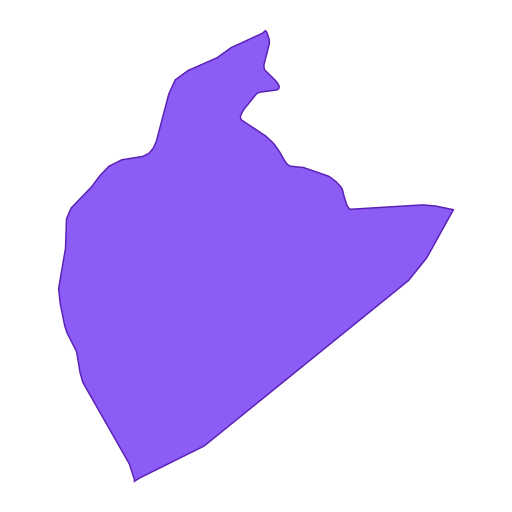 SVG path tracing the border of Tozeur
{"feature_id": "TUN-101", "entity_name": "Tozeur", "entity_type": "Governorate", "adm_level": 1, "iso_a3": "TUN", "parent_name": "Tunisia", "parent_adm1": "", "projection": "mercator", "projection_center": [7.997, 33.974], "detail": "fine", "context": "isolated", "style": "filled", "palette": "violet", "viewbox_px": 512, "rotation_deg": 0, "n_neighbors": 0, "source": "natural_earth", "source_scale": "10m", "svg_char_len": 1044}
<svg xmlns="http://www.w3.org/2000/svg" viewBox="0 0 512 512"><path d="M134.4,481.3L134.4,479.6L129.4,464.0L104.0,419.5L82.9,382.5L80.0,372.3L76.6,351.6L67.1,333.0L64.8,326.1L60.3,304.1L58.6,288.6L65.5,248.4L66.5,218.9L71.1,208.1L78.3,200.6L91.7,186.7L99.8,175.8L108.9,166.3L121.8,159.8L142.9,156.4L149.2,153.1L153.4,148.0L156.3,141.5L168.8,94.0L175.3,79.8L188.3,70.4L217.1,57.7L231.0,47.7L262.5,33.2L265.3,30.7L266.7,32.1L269.3,39.6L269.4,43.5L264.0,64.5L264.0,67.6L264.7,69.9L276.3,81.4L277.6,83.1L279.2,86.2L279.0,88.0L278.1,89.3L276.5,90.0L260.5,92.1L259.0,92.5L257.5,93.1L256.0,94.4L244.2,109.0L242.4,111.8L240.4,116.1L240.6,118.3L241.5,120.0L265.9,136.2L272.0,141.9L274.9,145.1L279.8,152.2L283.8,159.4L286.5,163.4L288.0,164.8L289.6,165.8L291.0,166.3L303.4,167.5L328.3,176.1L330.3,177.3L335.9,181.6L340.3,186.2L341.7,188.2L342.6,190.2L343.9,195.8L346.9,205.2L348.5,207.8L350.0,209.3L422.8,204.9L435.4,206.0L453.4,209.7L426.7,257.9L408.5,280.5L204.1,446.0L140.0,477.8L134.4,481.3Z" fill="#8b5cf6" stroke="#5b21b6" stroke-width="1.5"/></svg>